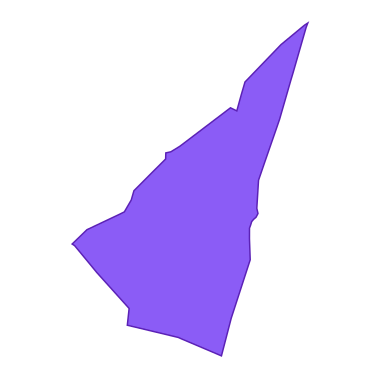 outline of Caldeirão Grande, Bahia, Brazil, rotated 268°
{"feature_id": "56859067B57700973719818", "entity_name": "Caldeirão Grande", "entity_type": "district", "adm_level": 2, "iso_a3": "BRA", "parent_name": "Brazil", "parent_adm1": "Bahia", "projection": "natural_earth1", "projection_center": [-40.178, -11.037], "detail": "fine", "context": "isolated", "style": "filled", "palette": "violet", "viewbox_px": 384, "rotation_deg": 268, "n_neighbors": 0, "source": "geoboundaries", "source_scale": "gbopen_adm2", "svg_char_len": 700}
<svg xmlns="http://www.w3.org/2000/svg" viewBox="0 0 384 384"><g transform="rotate(268 192 192)"><path d="M356.8,313.6L354.9,310.4L352.4,307.1L336.2,286.1L300.1,248.8L287.4,244.6L271.5,239.6L274.8,233.4L238.1,181.4L232.9,172.2L232.0,167.2L225.9,166.8L212.8,152.7L195.3,134.0L186.1,131.0L174.5,123.7L172.1,118.4L158.0,85.7L144.2,70.4L142.5,72.8L123.8,87.2L114.9,94.0L77.8,125.1L61.1,122.7L47.1,173.3L45.6,176.3L27.2,215.7L64.5,226.8L122.2,247.8L143.3,247.8L153.9,248.2L156.8,249.4L160.3,250.6L162.6,252.7L164.5,255.1L168.2,257.2L173.4,256.2L201.4,258.9L218.4,265.4L254.1,279.2L261.7,282.1L300.3,294.7L307.4,297.1L352.5,311.8L356.8,313.6Z" fill="#8b5cf6" stroke="#5b21b6" stroke-width="1.5"/></g></svg>